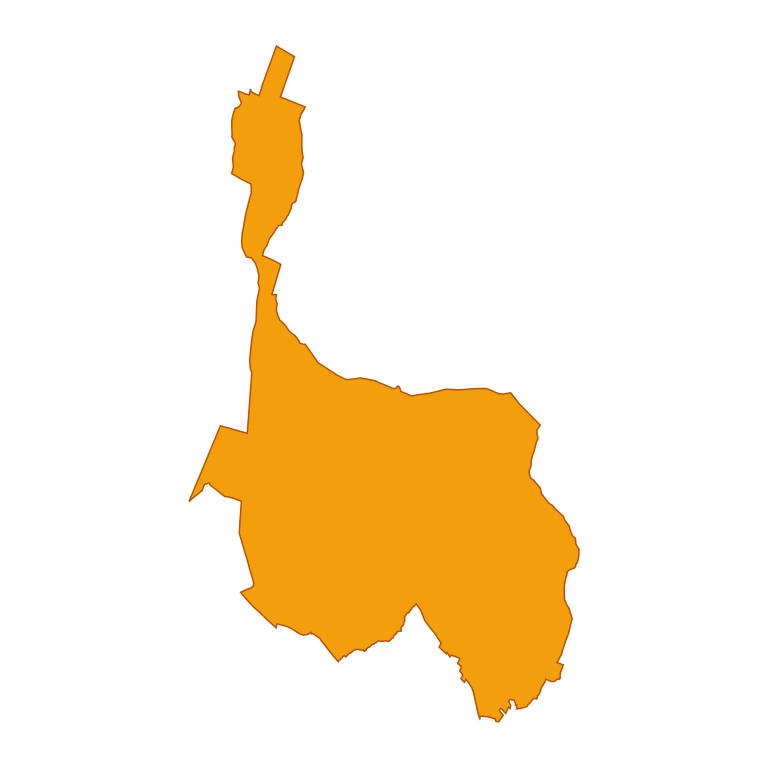 Huitziltepec, Puebla, Mexico (Equal Earth projection)
{"feature_id": "50627088B75605731970498", "entity_name": "Huitziltepec", "entity_type": "district", "adm_level": 2, "iso_a3": "MEX", "parent_name": "Mexico", "parent_adm1": "Puebla", "projection": "equal_earth", "projection_center": [-97.866, 18.784], "detail": "fine", "context": "isolated", "style": "filled", "palette": "amber", "viewbox_px": 768, "rotation_deg": 0, "n_neighbors": 0, "source": "geoboundaries", "source_scale": "gbopen_adm2", "svg_char_len": 6103}
<svg xmlns="http://www.w3.org/2000/svg" viewBox="0 0 768 768"><path d="M479.9,718.8L480.0,718.6L479.8,717.6L480.0,716.2L487.4,716.6L495.2,718.9L495.9,721.3L498.2,721.9L498.8,721.7L503.2,715.3L499.7,711.0L500.1,708.7L501.4,708.6L505.7,713.5L508.5,707.2L510.1,708.6L510.7,705.3L509.0,702.3L509.0,701.4L509.5,699.6L513.7,700.0L515.0,701.8L515.5,704.0L515.4,705.1L516.4,704.9L516.9,707.3L516.5,708.9L520.0,708.5L524.3,707.3L527.1,706.4L527.5,705.8L527.9,704.4L529.6,703.7L529.8,703.2L531.2,701.3L532.3,700.2L532.8,699.6L533.1,698.9L533.6,698.6L534.1,698.5L534.6,698.5L536.1,698.9L536.7,698.9L536.9,698.8L537.1,698.3L537.2,697.5L537.2,696.1L538.0,695.5L538.6,694.8L539.1,694.1L540.2,692.0L540.5,691.2L540.9,689.4L541.1,688.4L541.5,687.7L541.7,686.8L542.0,686.3L542.8,685.6L543.8,683.5L544.4,683.1L544.8,682.3L545.7,679.0L548.3,680.3L551.3,681.5L553.1,681.6L553.9,681.5L555.3,680.9L556.0,680.4L556.5,679.8L556.9,679.2L558.2,679.2L558.7,678.7L559.4,679.2L560.2,678.4L560.1,674.1L563.2,664.9L556.9,662.5L558.4,660.3L561.7,653.7L563.2,648.1L565.0,642.9L568.8,632.6L570.4,625.3L572.1,618.8L569.1,608.6L566.5,604.2L564.6,599.7L564.2,592.6L564.3,587.1L564.7,583.3L565.8,577.5L566.8,575.1L567.1,573.6L567.1,572.4L567.2,571.7L567.8,571.4L568.7,570.3L570.2,569.6L572.3,568.9L574.3,568.1L575.4,566.9L576.2,563.3L576.8,563.2L577.1,562.6L578.1,559.5L578.7,556.3L579.0,549.4L577.2,546.4L576.1,544.3L575.7,542.4L575.7,539.9L575.1,538.0L572.8,536.0L570.7,531.6L569.2,525.9L566.0,521.9L564.5,519.3L563.3,516.2L560.6,513.9L555.9,509.4L554.7,508.1L552.2,505.1L550.5,504.4L548.5,502.8L541.6,494.0L540.2,487.9L533.5,480.1L531.0,478.3L529.3,474.2L529.2,470.3L530.7,467.0L531.2,463.7L531.2,460.6L532.4,455.9L534.0,451.5L535.6,445.5L536.4,442.0L537.6,439.8L538.0,437.5L537.0,434.4L536.9,430.2L540.2,425.1L519.4,404.0L510.7,392.8L502.7,394.1L498.6,393.5L496.1,392.7L491.2,390.4L486.5,388.6L479.4,388.5L473.7,388.7L468.3,389.1L462.6,389.6L457.3,389.8L449.7,389.4L445.9,389.1L435.5,391.8L429.3,393.3L417.4,394.8L414.6,395.4L412.5,396.0L410.8,395.7L406.1,393.5L400.9,391.5L399.5,387.2L397.9,385.9L396.0,388.0L394.9,388.6L394.0,388.7L392.7,388.2L377.2,381.9L375.6,380.8L362.5,378.3L360.1,377.9L358.8,378.1L354.2,378.9L346.4,379.7L337.7,375.5L318.0,362.7L305.2,344.2L303.5,344.4L301.7,343.7L300.1,343.4L298.9,340.8L296.9,338.0L294.5,335.2L291.7,333.4L288.9,330.7L285.0,325.0L281.8,321.8L279.6,320.0L279.2,318.2L278.2,316.8L277.4,313.5L276.9,312.7L276.4,310.6L276.6,307.6L277.1,303.8L276.0,300.5L275.8,299.2L275.9,297.5L276.2,296.6L276.4,295.4L276.4,294.6L271.9,294.6L280.8,264.4L272.5,259.9L266.1,257.1L262.4,255.7L263.9,250.5L263.9,250.0L264.9,248.7L265.7,247.1L266.2,246.5L266.7,246.1L266.9,245.6L267.1,244.8L269.6,238.5L270.0,237.8L271.7,235.8L278.5,225.7L279.0,225.4L280.1,225.4L281.5,225.3L282.0,225.0L282.2,224.5L282.3,222.9L282.7,222.3L283.6,221.8L284.5,220.5L286.5,218.1L286.6,217.4L286.7,216.7L288.1,215.2L291.2,208.4L291.3,206.5L292.3,203.6L293.1,202.9L294.2,202.6L295.3,201.9L295.9,200.9L297.1,195.6L298.1,192.1L298.5,189.7L302.2,178.8L303.6,172.7L301.4,164.2L303.1,157.6L301.9,150.1L302.0,149.7L301.8,142.7L301.9,135.2L300.6,128.4L300.6,128.1L299.2,120.6L301.0,114.3L304.1,109.3L304.1,109.0L305.2,106.9L280.4,97.0L294.5,56.7L276.4,46.1L261.5,87.3L261.2,89.7L258.9,95.6L254.3,93.5L250.9,91.4L250.8,89.8L250.3,89.6L249.9,92.1L249.1,94.9L245.3,93.9L244.0,93.5L243.1,92.8L238.5,91.2L238.6,96.0L241.4,102.8L240.7,104.4L239.4,106.3L238.5,106.9L235.9,108.3L235.3,108.0L233.2,113.9L231.8,120.4L231.8,127.7L232.1,134.5L231.8,136.8L232.1,137.2L233.0,139.4L235.1,142.5L235.4,143.9L234.5,146.7L234.2,149.2L234.4,151.2L232.9,156.5L232.6,158.6L233.4,167.0L231.6,173.5L240.5,178.8L251.0,184.1L251.2,188.0L251.3,193.1L250.0,197.1L245.6,214.4L243.8,225.3L242.1,234.2L241.7,242.6L242.3,248.0L246.4,256.9L251.5,258.0L255.5,263.4L257.4,268.9L259.0,276.1L258.1,282.8L259.5,288.2L256.8,301.5L256.0,322.0L253.1,331.0L251.8,339.3L249.7,360.1L250.4,368.9L251.8,372.7L247.3,433.3L220.4,425.8L189.0,501.6L192.3,498.5L199.7,492.6L200.7,491.5L202.1,490.8L202.5,489.5L204.4,484.5L205.4,484.1L206.4,483.9L208.6,483.0L209.2,483.2L209.5,483.8L210.6,485.6L212.8,487.1L224.6,496.4L228.9,497.1L234.0,498.5L241.4,501.4L239.9,521.7L239.6,527.9L239.3,533.2L240.2,536.3L248.4,564.1L249.6,569.0L251.5,575.1L252.8,579.3L253.4,581.8L253.7,583.7L253.4,585.3L253.1,586.0L252.4,586.8L251.5,587.5L250.2,588.2L249.1,588.5L247.8,589.1L245.9,589.8L240.6,592.3L246.5,599.4L252.5,606.0L260.9,613.6L266.5,619.1L276.1,627.8L276.9,623.7L281.3,624.9L287.2,626.6L291.7,628.7L293.1,629.6L299.7,633.8L303.0,635.1L308.0,634.4L310.9,632.4L311.4,633.9L313.2,633.9L319.7,638.2L321.4,640.8L332.4,654.9L333.1,655.9L334.4,657.2L338.3,661.7L338.7,660.6L339.9,659.9L341.7,658.3L342.9,656.3L343.5,656.3L343.7,655.9L344.7,655.7L345.2,656.2L345.6,657.0L346.6,656.2L347.7,655.1L348.5,654.0L349.3,653.6L350.7,653.0L351.7,652.2L352.4,651.3L353.9,650.2L357.0,649.2L360.1,649.9L362.4,650.3L363.7,650.3L364.2,651.2L364.9,651.2L365.0,650.4L366.3,650.1L366.2,648.8L367.7,648.2L368.0,647.3L369.0,647.2L370.0,646.8L370.5,645.9L371.1,645.4L371.7,644.6L372.5,644.4L373.0,644.0L374.2,643.9L375.0,643.0L375.4,642.8L376.1,642.6L377.1,641.6L378.2,640.9L379.8,641.1L381.2,641.5L382.3,641.3L382.9,641.4L384.4,640.9L386.8,640.9L388.2,641.6L388.7,641.4L389.0,640.9L390.0,640.6L390.6,640.0L391.5,638.4L393.0,637.9L394.0,635.6L394.6,634.8L395.3,634.6L396.4,633.5L397.0,631.9L397.6,632.0L398.1,631.4L398.9,631.3L400.1,631.0L401.2,631.1L401.1,627.5L401.7,626.8L403.2,625.5L403.7,624.1L404.0,621.8L404.9,620.8L404.5,617.8L405.3,615.9L406.1,614.5L407.5,612.8L408.4,613.0L409.3,612.2L409.6,611.5L411.0,609.4L412.0,608.2L412.2,607.6L412.7,607.0L413.4,606.9L414.5,605.9L416.2,603.9L420.3,609.8L421.4,611.8L424.7,620.4L428.3,625.4L434.9,633.6L436.4,636.0L441.1,643.1L440.9,643.4L439.1,647.2L442.5,650.3L446.3,653.8L447.0,652.4L450.0,657.0L450.3,656.6L450.9,655.2L455.3,656.5L459.9,658.4L457.7,663.5L461.4,666.6L459.7,670.9L462.7,675.0L461.0,678.7L464.4,682.4L465.8,679.5L465.9,679.1L469.6,684.1L472.1,688.4L473.0,690.8L474.6,697.4L478.2,714.1L478.6,715.6L479.9,718.8Z" fill="#f59e0b" stroke="#b45309" stroke-width="1.5"/></svg>